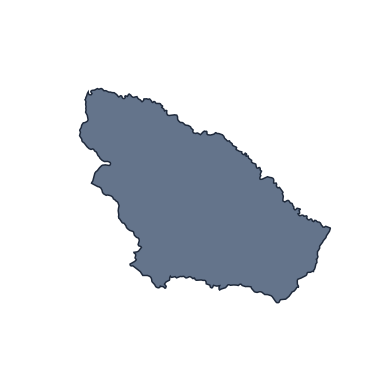 Celendin, Cajamarca, Peru, rotated 325°
{"feature_id": "86281439B17410503992322", "entity_name": "Celendin", "entity_type": "district", "adm_level": 2, "iso_a3": "PER", "parent_name": "Peru", "parent_adm1": "Cajamarca", "projection": "orthographic", "projection_center": [-78.179, -6.771], "detail": "fine", "context": "isolated", "style": "filled", "palette": "slate", "viewbox_px": 384, "rotation_deg": 325, "n_neighbors": 0, "source": "geoboundaries", "source_scale": "gbopen_adm2", "svg_char_len": 6063}
<svg xmlns="http://www.w3.org/2000/svg" viewBox="0 0 384 384"><g transform="rotate(325 192 192)"><path d="M266.8,265.9L266.2,265.8L266.0,265.5L265.9,264.4L265.9,263.8L266.9,262.6L266.8,261.1L267.4,259.1L267.2,258.4L266.3,257.5L266.3,254.7L265.9,254.0L265.0,253.6L262.3,253.4L261.4,251.5L261.7,250.8L264.4,247.8L265.0,245.2L266.4,244.4L266.3,238.6L266.2,238.3L264.9,238.0L264.6,237.6L264.4,236.4L264.6,235.4L265.8,234.2L266.1,233.0L264.2,231.8L264.0,231.4L265.8,229.2L266.2,228.1L266.1,227.1L265.4,225.9L264.0,224.6L262.6,222.8L256.6,221.7L255.4,220.9L255.1,220.2L255.9,219.0L257.7,218.1L257.8,217.0L258.6,216.2L260.9,214.8L260.5,213.5L260.6,212.9L261.3,212.0L261.5,210.8L260.7,210.3L259.6,210.3L258.9,209.5L259.1,208.2L260.2,205.8L259.8,204.9L258.5,203.3L257.9,201.7L259.0,200.2L257.8,196.8L258.6,194.6L257.1,193.9L256.9,193.4L257.2,192.8L258.4,192.4L258.4,191.8L257.9,190.7L256.2,191.4L255.3,190.3L255.0,188.9L255.8,187.6L254.2,185.9L252.6,182.7L252.6,182.2L254.0,181.2L254.0,180.7L252.2,177.6L252.1,176.6L252.6,175.4L251.8,172.8L252.0,171.6L250.6,170.9L250.1,170.0L250.0,168.8L249.5,166.8L250.0,164.5L249.7,162.6L247.6,159.6L246.0,158.3L245.6,157.1L245.2,156.9L243.8,157.2L242.6,157.0L239.7,155.9L237.8,154.2L237.5,153.3L238.8,151.0L238.7,150.6L237.8,150.1L237.2,149.3L236.1,149.1L231.8,149.9L230.5,147.0L230.0,146.6L228.4,146.0L227.1,144.4L227.4,142.6L228.5,141.9L227.9,139.1L228.2,138.0L228.1,137.5L227.1,135.4L224.9,133.3L224.3,130.3L223.7,129.3L222.4,128.5L221.9,126.7L221.8,124.7L222.1,123.9L223.3,122.1L223.6,120.3L222.0,118.8L217.1,116.2L216.1,114.9L216.4,113.0L218.0,110.9L217.5,110.2L216.0,109.8L216.5,107.8L215.7,105.5L215.8,105.2L216.7,105.2L217.2,104.5L216.6,103.1L216.7,101.7L216.3,101.0L213.5,98.9L213.3,97.9L213.4,97.0L213.0,96.3L212.6,96.0L211.5,96.2L211.0,96.0L210.8,95.5L211.0,94.4L210.7,91.6L210.3,91.2L209.2,91.0L208.5,89.8L206.2,88.3L205.9,88.2L205.1,89.1L204.4,89.3L203.0,89.5L202.7,89.3L202.5,87.0L201.5,85.1L201.4,83.9L201.6,82.3L199.7,81.4L198.8,81.3L197.8,80.3L197.3,78.8L197.4,77.6L196.7,75.7L195.9,75.7L193.9,76.7L193.7,76.6L192.9,75.2L192.3,75.0L191.9,75.1L191.8,75.9L191.4,76.4L190.2,76.6L189.4,76.1L189.0,75.4L189.0,74.5L189.4,73.3L189.1,72.5L188.8,72.2L186.7,72.2L186.4,72.0L186.2,68.9L185.2,66.0L183.5,64.7L182.5,63.4L181.1,62.4L179.6,59.6L177.9,58.5L177.6,56.2L177.1,55.3L176.5,54.9L174.7,54.5L173.8,53.0L170.5,52.6L168.8,51.6L167.9,51.3L166.9,51.5L166.6,51.9L166.5,54.1L165.1,54.5L164.2,53.9L163.6,53.1L163.6,52.0L164.4,50.5L162.9,51.2L160.6,53.0L159.4,53.6L158.1,54.8L157.3,55.0L157.1,56.9L156.5,57.5L156.3,58.1L155.3,58.9L154.0,61.6L153.1,62.4L152.2,64.1L150.6,65.6L150.2,69.1L148.4,73.1L147.4,73.8L146.5,74.0L144.4,73.8L142.6,73.0L140.4,73.8L139.6,74.3L138.3,75.6L135.7,76.8L135.4,77.1L135.0,78.8L134.7,79.3L132.2,81.4L132.0,85.5L131.2,86.9L131.1,87.8L131.8,90.1L132.0,94.8L132.6,97.5L133.7,99.2L135.3,99.7L135.9,100.7L135.8,102.6L136.6,104.6L135.9,108.2L136.2,109.9L136.0,111.6L136.5,114.4L137.7,116.8L140.3,118.5L141.1,119.4L141.9,120.9L141.7,121.8L141.1,122.5L140.1,122.9L139.4,122.8L136.6,120.1L134.1,118.7L133.0,118.6L130.2,119.1L126.7,120.2L124.8,120.3L123.2,120.9L116.9,126.2L115.3,126.7L114.7,127.2L117.9,133.5L118.9,134.6L119.6,136.4L119.3,139.0L118.5,140.9L118.5,142.7L119.8,145.5L120.8,145.8L121.5,146.4L123.0,148.1L123.7,149.3L124.1,150.9L123.7,152.5L124.5,154.6L124.7,156.2L125.3,157.3L125.3,157.9L124.4,161.4L122.5,163.1L120.8,165.0L118.9,168.7L117.7,170.0L117.0,171.5L117.3,172.4L117.2,176.9L117.4,177.5L118.4,178.6L118.5,179.4L118.5,181.7L118.0,183.4L118.1,185.0L118.9,187.6L121.0,190.5L121.2,191.1L120.0,194.4L120.5,197.2L121.6,199.0L121.7,199.6L121.1,201.3L120.6,201.9L117.7,204.1L117.5,205.5L118.8,207.3L118.8,208.4L114.2,209.8L112.4,209.4L109.8,208.1L109.6,208.9L110.2,210.4L109.3,211.9L107.5,213.3L107.6,215.4L107.4,215.6L105.3,216.0L99.9,215.5L99.5,216.3L99.4,216.9L99.8,217.7L101.0,218.4L101.4,219.1L104.0,227.6L103.8,232.1L107.7,234.9L109.0,236.9L109.3,238.3L109.0,240.0L108.1,241.7L107.8,242.6L108.3,246.5L108.0,248.8L108.3,249.5L108.7,250.4L109.8,251.4L110.9,251.6L112.0,250.9L112.3,251.4L114.2,253.1L114.7,255.3L115.3,255.5L116.7,254.5L116.8,253.2L116.5,251.9L116.8,251.5L119.4,250.8L122.9,251.3L123.8,250.5L124.6,249.4L125.9,248.6L125.9,249.3L126.4,250.3L129.6,251.6L130.1,253.5L133.9,254.4L134.8,255.2L136.9,256.4L137.8,259.0L139.4,259.6L141.1,259.8L141.9,260.3L142.5,261.5L143.0,263.4L143.4,263.6L144.3,263.6L144.7,264.0L144.4,265.5L144.7,266.4L145.1,266.9L149.2,269.4L150.3,270.7L151.7,271.6L152.1,272.3L152.1,273.4L151.0,275.4L153.2,278.5L152.5,280.5L152.9,281.6L153.3,282.0L154.2,281.9L156.1,280.8L158.3,283.3L161.0,284.6L159.5,285.5L158.4,287.2L158.4,288.1L160.1,288.2L164.6,289.6L168.4,288.7L169.3,289.3L169.9,290.4L172.8,292.0L175.2,293.9L176.2,295.1L178.0,295.0L179.1,295.4L179.3,295.7L179.5,297.4L181.5,300.1L183.8,301.6L185.9,303.4L185.5,305.1L185.9,309.4L186.3,310.1L187.7,311.6L190.1,312.4L191.1,313.2L191.7,314.0L192.8,317.7L195.1,319.4L197.3,322.3L197.7,323.7L197.7,330.1L198.0,331.3L199.1,332.1L200.2,332.2L201.9,331.2L202.8,331.0L207.3,333.5L211.7,333.1L216.7,331.3L218.9,331.7L221.0,331.2L223.1,330.3L223.8,330.4L224.5,331.0L225.2,330.2L225.4,328.1L226.0,327.1L227.4,325.0L228.0,324.5L228.9,324.2L231.7,325.0L237.4,325.8L238.4,325.6L239.9,324.4L240.8,324.3L243.0,325.7L245.1,326.0L245.9,326.8L246.8,325.9L248.1,325.5L249.6,324.4L252.3,321.9L253.8,321.5L255.2,319.2L255.3,318.4L256.1,318.5L258.0,317.3L258.7,315.4L260.7,312.7L262.0,312.4L264.4,311.2L265.1,310.0L265.8,309.4L270.0,308.1L271.6,307.2L275.5,306.2L277.0,305.0L282.1,303.0L284.4,301.2L284.6,300.8L281.9,296.8L280.1,296.7L279.1,295.7L279.2,294.4L279.0,293.6L279.4,291.0L278.9,289.6L278.0,288.9L277.3,287.6L277.2,286.5L276.3,285.6L275.6,285.7L275.1,286.1L274.6,286.0L274.0,284.8L274.4,283.1L274.1,282.4L273.5,282.1L272.1,282.1L271.3,281.5L270.9,279.2L272.0,278.4L272.2,277.3L269.8,276.1L269.9,275.2L269.0,274.1L267.2,273.5L266.5,273.0L266.2,271.9L266.3,270.7L267.7,271.2L268.1,271.0L268.7,270.0L269.0,268.7L270.7,268.3L270.8,267.9L268.8,265.6L266.8,265.9Z" fill="#64748b" stroke="#1e293b" stroke-width="1.5"/></g></svg>